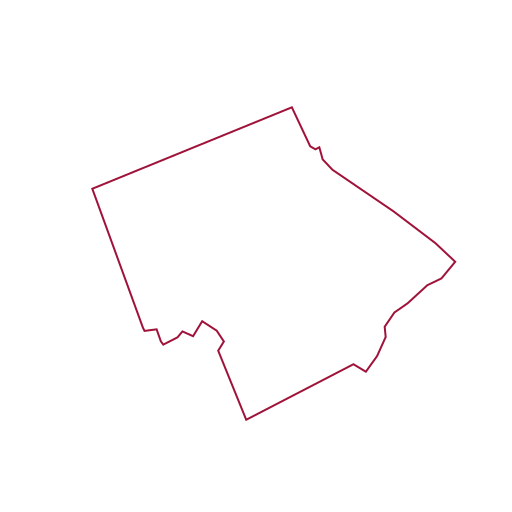 the district of 18 de Mayo, Canelones, Uruguay, rotated 210°
{"feature_id": "84410073B56582914281791", "entity_name": "18 de Mayo", "entity_type": "district", "adm_level": 2, "iso_a3": "URY", "parent_name": "Uruguay", "parent_adm1": "Canelones", "projection": "equal_earth", "projection_center": [-56.223, -34.699], "detail": "fine", "context": "isolated", "style": "outline", "palette": "rose", "viewbox_px": 512, "rotation_deg": 210, "n_neighbors": 0, "source": "geoboundaries", "source_scale": "gbopen_adm2", "svg_char_len": 571}
<svg xmlns="http://www.w3.org/2000/svg" viewBox="0 0 512 512"><g transform="rotate(210 256 256)"><path d="M101.1,229.9L103.2,250.7L109.2,259.1L107.9,276.3L101.1,290.7L93.0,316.4L84.2,329.3L80.6,350.6L106.9,356.8L159.1,363.4L232.9,368.9L246.6,373.0L249.7,376.1L255.5,381.8L257.9,378.1L263.9,378.1L299.3,402.7L431.4,232.4L318.1,137.4L315.1,135.4L305.4,142.8L295.7,134.5L292.0,132.9L283.3,146.3L282.0,153.9L270.4,155.1L270.0,172.6L252.7,171.7L241.1,165.9L241.4,155.1L182.6,109.3L117.5,211.0L103.0,210.7L101.1,229.9Z" fill="none" stroke="#9f1239" stroke-width="2"/></g></svg>